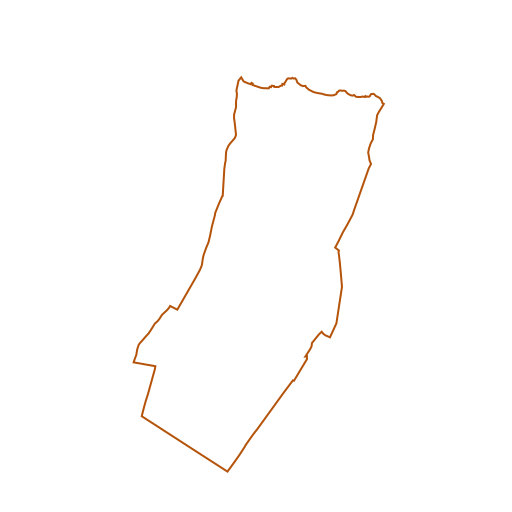 Aana Alofi I, A'ana, Samoa (Natural Earth projection), rotated 31°
{"feature_id": "51752279B79579016440908", "entity_name": "Aana Alofi I", "entity_type": "district", "adm_level": 2, "iso_a3": "WSM", "parent_name": "Samoa", "parent_adm1": "A'ana", "projection": "natural_earth1", "projection_center": [-171.93, -13.846], "detail": "fine", "context": "isolated", "style": "outline", "palette": "amber", "viewbox_px": 512, "rotation_deg": 31, "n_neighbors": 0, "source": "geoboundaries", "source_scale": "gbopen_adm2", "svg_char_len": 2343}
<svg xmlns="http://www.w3.org/2000/svg" viewBox="0 0 512 512"><g transform="rotate(31 256 256)"><path d="M236.4,438.0L239.0,447.1L240.6,452.2L307.6,454.4L342.6,455.5L343.8,441.6L344.3,434.5L344.6,425.8L344.5,423.3L345.3,412.1L345.8,407.3L346.2,404.7L350.0,360.1L351.7,343.6L352.8,343.4L352.8,318.2L351.3,315.7L350.1,316.7L350.4,307.9L350.2,305.0L348.8,301.7L350.3,290.8L351.3,287.1L353.7,288.0L356.1,288.3L361.3,287.6L359.6,272.3L345.6,238.2L337.9,227.5L330.9,218.0L326.4,212.2L325.0,210.6L324.2,208.6L319.5,208.0L319.2,201.6L318.3,191.4L318.1,181.8L317.5,170.7L316.5,166.5L308.2,126.2L307.5,122.8L307.2,117.9L303.9,115.4L302.4,113.5L298.9,109.6L297.4,105.4L296.3,100.2L296.1,95.8L294.1,92.1L292.1,85.5L290.0,79.1L287.3,72.9L287.1,69.0L287.2,66.6L287.2,59.8L285.6,59.8L284.2,58.4L281.8,57.2L280.4,56.8L276.3,57.1L274.1,56.5L273.0,56.6L271.1,58.2L271.3,60.1L270.7,61.4L269.0,62.1L268.3,63.0L267.4,62.6L266.8,64.0L265.2,64.4L263.7,65.9L260.3,67.8L259.3,68.0L257.2,67.5L256.2,68.8L254.2,69.5L251.3,69.6L250.4,69.5L247.8,68.6L246.3,68.9L244.6,70.1L243.2,70.5L241.9,71.7L241.9,72.8L241.1,74.0L241.5,75.8L239.7,78.3L237.7,79.7L234.5,81.3L231.2,82.5L229.4,82.8L224.9,84.6L221.1,85.8L215.7,86.2L211.8,85.5L210.8,84.7L208.6,86.2L206.5,86.6L202.1,86.0L199.9,84.2L198.1,83.5L196.8,84.6L195.5,84.5L194.8,85.8L192.0,87.2L191.5,88.6L191.5,92.3L191.3,92.9L191.9,94.4L190.0,94.9L190.6,96.5L189.6,97.2L188.3,99.5L184.6,101.7L183.9,101.0L181.7,102.0L181.9,103.5L180.6,103.9L180.6,105.7L180.1,106.0L175.4,108.6L173.2,109.4L164.9,111.2L164.4,109.9L163.0,109.9L162.8,111.5L160.7,112.0L156.0,112.7L155.0,112.5L151.3,110.5L150.7,114.7L154.0,124.3L156.2,126.9L157.8,130.0L158.6,132.4L160.6,136.1L162.2,138.6L164.4,146.1L166.1,149.0L170.4,154.4L176.2,162.1L176.7,163.3L177.1,166.0L175.9,172.6L175.6,175.7L176.2,180.3L177.1,182.9L181.0,190.1L181.6,192.1L184.0,197.7L196.4,221.4L196.2,221.5L197.3,230.4L198.9,240.3L199.8,242.3L203.0,253.4L206.2,262.3L208.2,268.6L209.1,274.7L210.6,282.2L211.7,285.5L214.2,291.4L214.7,293.9L215.1,297.0L215.5,307.1L216.2,342.5L208.1,343.1L208.1,345.6L207.6,348.3L205.7,354.9L205.6,359.7L205.2,362.6L204.1,366.1L204.0,374.0L203.8,377.8L203.0,381.6L202.1,386.8L201.4,390.2L201.2,392.5L202.3,397.3L204.3,402.3L205.1,406.7L205.9,410.2L226.5,402.3L227.6,405.1L234.5,430.0L236.4,438.0Z" fill="none" stroke="#b45309" stroke-width="2"/></g></svg>